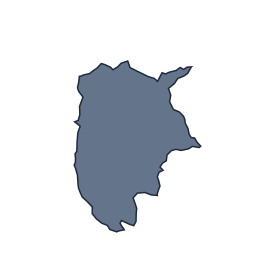 Malia, Limassol, Cyprus (orthographic projection), rotated 133°
{"feature_id": "46923920B95494316044339", "entity_name": "Malia", "entity_type": "district", "adm_level": 2, "iso_a3": "CYP", "parent_name": "Cyprus", "parent_adm1": "Limassol", "projection": "orthographic", "projection_center": [32.764, 34.803], "detail": "fine", "context": "isolated", "style": "filled", "palette": "slate", "viewbox_px": 256, "rotation_deg": 133, "n_neighbors": 0, "source": "geoboundaries", "source_scale": "gbopen_adm2", "svg_char_len": 1436}
<svg xmlns="http://www.w3.org/2000/svg" viewBox="0 0 256 256"><g transform="rotate(133 128 128)"><path d="M40.0,123.3L43.4,126.4L47.1,127.1L48.2,131.1L53.2,132.1L58.4,135.5L63.0,137.6L64.3,140.8L73.7,138.2L73.8,142.5L76.5,148.0L80.4,160.6L82.4,167.7L79.2,173.9L85.4,177.2L90.3,177.2L95.7,178.8L95.5,182.1L97.3,187.9L99.1,191.5L105.3,191.5L107.2,191.9L110.2,192.6L114.4,193.2L117.3,195.2L119.7,196.8L123.0,198.2L123.4,198.8L127.8,195.5L133.0,192.4L134.9,188.9L136.1,182.0L145.2,178.2L151.0,172.4L156.4,169.6L159.9,171.2L159.3,164.2L165.6,161.5L172.1,156.4L179.9,149.6L183.0,149.1L185.6,146.1L188.8,143.2L191.9,142.0L192.7,140.1L193.6,138.3L196.9,132.9L203.0,126.4L205.7,123.2L207.9,118.7L209.7,114.3L209.6,107.9L210.1,100.2L215.0,95.8L216.0,89.4L215.5,82.3L214.1,78.7L213.4,77.1L213.8,74.6L214.7,72.3L211.7,65.5L209.2,64.3L205.0,61.3L203.2,68.8L200.1,69.6L197.6,61.8L195.5,57.2L190.9,58.4L184.8,63.8L180.9,66.8L178.7,70.7L175.6,76.6L169.2,76.7L163.6,71.6L161.1,65.4L157.3,60.5L156.8,61.4L152.2,63.6L148.7,65.0L145.7,69.5L143.7,73.3L139.2,75.1L135.0,73.5L134.7,78.0L130.0,78.8L125.9,77.6L121.0,81.1L114.8,80.8L110.9,78.4L108.2,73.9L102.1,69.6L97.5,68.3L93.8,62.7L91.7,62.4L91.3,67.8L89.9,72.5L91.9,75.3L90.9,79.0L87.4,83.9L85.5,89.4L83.1,92.2L81.6,95.2L81.3,101.4L83.5,107.5L80.4,115.5L74.9,119.1L71.5,125.4L63.7,124.4L57.7,125.4L52.1,122.6L47.4,121.6L40.3,123.3L40.0,123.3Z" fill="#64748b" stroke="#1e293b" stroke-width="1.5"/></g></svg>